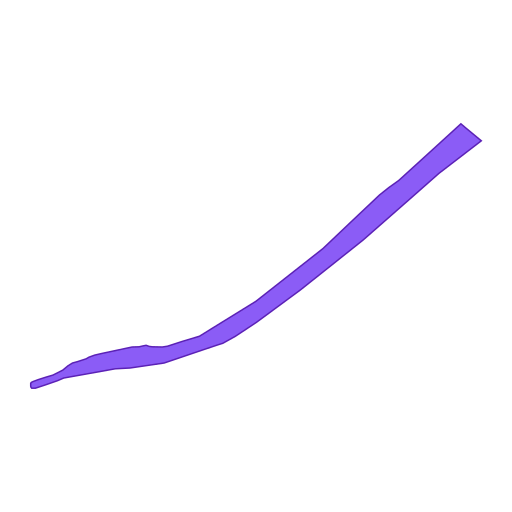 Tekavatoetoe, Tuvalu (Mercator projection)
{"feature_id": "33948139B21939917075159", "entity_name": "Tekavatoetoe", "entity_type": "district", "adm_level": 2, "iso_a3": "TUV", "parent_name": "Tuvalu", "parent_adm1": "", "projection": "mercator", "projection_center": [179.18, -8.535], "detail": "fine", "context": "isolated", "style": "filled", "palette": "violet", "viewbox_px": 512, "rotation_deg": 0, "n_neighbors": 0, "source": "geoboundaries", "source_scale": "gbopen_adm2", "svg_char_len": 818}
<svg xmlns="http://www.w3.org/2000/svg" viewBox="0 0 512 512"><path d="M460.9,123.8L430.0,152.0L398.7,180.5L388.9,187.5L379.7,194.8L350.9,222.0L322.9,248.6L311.6,257.5L255.9,301.3L212.2,328.3L199.5,336.2L182.3,341.4L167.5,346.2L162.3,347.0L152.4,346.8L149.2,346.4L146.1,345.3L142.6,346.0L139.1,346.8L132.1,347.0L102.1,353.4L94.7,355.1L88.9,357.2L86.2,358.8L77.6,361.6L72.5,363.0L68.1,365.7L62.8,370.1L52.9,375.1L46.1,377.1L38.3,379.6L33.2,381.5L31.5,382.3L30.7,383.2L30.7,384.4L30.7,386.1L30.9,387.1L31.7,388.2L35.4,388.2L45.7,384.8L57.5,380.7L63.8,378.0L80.1,375.1L115.2,368.8L130.0,368.0L164.2,363.0L202.8,349.9L218.0,344.8L222.8,343.3L235.5,336.2L256.5,322.3L300.3,290.0L325.7,269.8L363.0,240.1L412.8,196.4L439.0,173.3L481.3,140.8L465.1,127.4L460.9,123.8Z" fill="#8b5cf6" stroke="#5b21b6" stroke-width="1.5"/></svg>